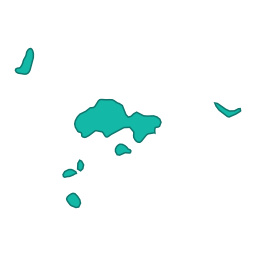 map outline of Sulu (Natural Earth projection)
{"feature_id": "PHL-2524", "entity_name": "Sulu", "entity_type": "Province", "adm_level": 1, "iso_a3": "PHL", "parent_name": "Philippines", "parent_adm1": "", "projection": "natural_earth1", "projection_center": [121.056, 5.938], "detail": "fine", "context": "isolated", "style": "filled", "palette": "teal", "viewbox_px": 256, "rotation_deg": 0, "n_neighbors": 0, "source": "natural_earth", "source_scale": "10m", "svg_char_len": 2045}
<svg xmlns="http://www.w3.org/2000/svg" viewBox="0 0 256 256"><path d="M153.7,115.9L157.0,117.0L159.8,119.2L161.0,122.3L159.5,126.3L158.0,127.1L156.5,127.2L155.2,127.7L154.7,130.0L154.9,133.1L154.3,132.8L148.4,133.8L147.3,134.3L145.8,135.7L141.5,141.1L139.9,142.3L138.1,142.2L136.5,141.4L135.1,139.9L133.8,137.5L133.6,135.4L133.8,133.6L133.7,131.9L129.8,127.3L123.9,127.6L111.3,134.3L108.2,136.5L107.1,137.0L105.9,136.8L105.0,135.9L103.0,132.7L102.3,131.9L95.8,130.6L94.5,131.3L89.0,135.5L85.8,137.2L84.3,137.4L82.6,136.8L81.8,136.0L81.7,134.9L81.7,133.8L81.4,133.1L80.5,132.4L78.6,131.9L77.8,131.3L75.4,127.2L74.7,123.9L75.4,120.7L77.3,117.1L79.9,114.2L85.8,111.3L90.1,107.9L93.4,107.5L94.8,106.6L98.3,101.0L99.6,99.8L101.1,99.5L106.5,99.8L109.5,99.7L112.3,99.8L114.0,100.6L117.5,103.0L119.2,103.5L122.3,105.5L125.9,114.6L128.3,117.1L131.1,116.3L133.7,113.8L136.6,112.2L143.6,115.8L147.0,116.1L153.7,115.9ZM30.8,48.5L31.9,49.4L32.7,50.9L33.2,52.7L33.4,54.2L33.3,57.7L30.0,70.0L29.1,71.8L27.9,73.2L26.4,74.0L24.2,74.1L18.1,73.1L16.3,72.1L15.4,70.2L15.9,68.9L17.4,68.2L19.4,68.0L20.6,67.1L21.8,65.2L22.8,62.9L23.2,61.2L23.7,59.8L25.9,55.8L26.8,51.9L27.9,50.1L29.3,48.8L30.8,48.5ZM73.0,193.3L74.9,193.7L77.5,196.3L79.8,199.9L80.5,203.2L78.7,207.0L75.9,207.5L71.4,205.7L70.3,204.9L68.7,202.9L67.2,200.7L66.6,198.9L67.3,197.1L69.0,195.4L71.1,194.0L73.0,193.3ZM234.3,110.9L238.4,108.8L240.2,108.6L240.6,110.9L239.8,111.6L235.9,114.0L229.1,117.0L227.4,116.5L219.2,110.2L216.1,106.2L214.8,103.0L217.5,103.5L225.6,109.2L229.4,111.0L234.3,110.9ZM128.2,149.1L130.2,149.9L130.9,150.9L130.4,152.7L129.4,153.0L125.1,152.7L119.7,155.1L117.2,154.7L115.5,151.6L115.5,149.0L116.6,146.7L118.2,145.1L119.8,144.2L122.4,144.4L124.8,145.6L126.7,147.2L128.2,149.1ZM72.9,170.1L75.8,171.8L76.4,173.4L75.0,173.8L72.9,175.1L69.6,176.4L66.7,176.7L64.8,177.2L63.5,176.6L63.0,174.6L64.7,171.6L68.7,169.6L71.1,169.5L72.9,170.1ZM79.7,160.2L81.6,161.2L83.6,164.8L82.8,168.7L80.6,170.8L77.6,169.0L77.9,163.3L79.7,160.2Z" fill="#14b8a6" stroke="#0f766e" stroke-width="1.5"/></svg>